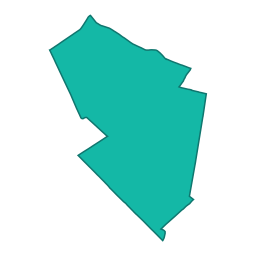 Ciocarlia, Ialomita, Romania (Natural Earth projection)
{"feature_id": "2599482B90086156609266", "entity_name": "Ciocarlia", "entity_type": "district", "adm_level": 2, "iso_a3": "ROU", "parent_name": "Romania", "parent_adm1": "Ialomita", "projection": "natural_earth1", "projection_center": [26.657, 44.793], "detail": "fine", "context": "isolated", "style": "filled", "palette": "teal", "viewbox_px": 256, "rotation_deg": 0, "n_neighbors": 0, "source": "geoboundaries", "source_scale": "gbopen_adm2", "svg_char_len": 3086}
<svg xmlns="http://www.w3.org/2000/svg" viewBox="0 0 256 256"><path d="M195.6,161.4L195.6,161.2L199.2,139.1L202.8,116.9L202.9,116.7L206.3,93.8L204.6,93.4L202.9,93.0L202.3,92.9L201.8,92.7L201.0,92.6L198.9,92.1L198.5,91.9L196.3,91.4L191.6,90.3L191.6,90.0L191.3,89.9L190.5,89.7L189.8,89.5L188.2,89.3L183.1,88.1L182.5,88.0L180.7,87.5L179.0,86.9L180.1,85.5L183.5,80.8L183.8,79.7L184.3,78.9L184.8,78.1L185.2,77.2L185.6,76.2L186.5,74.7L190.2,69.9L190.8,68.4L189.5,68.0L188.7,67.7L186.9,67.0L186.7,66.9L182.2,65.2L181.6,65.0L181.0,64.9L178.4,63.9L177.0,63.3L176.4,63.1L174.2,62.3L170.2,60.7L168.5,59.9L167.0,59.3L166.8,59.2L166.8,59.3L166.7,59.4L166.1,59.3L165.8,59.0L165.1,58.4L164.4,57.7L163.7,56.8L162.4,55.3L159.9,52.8L157.3,50.7L156.6,50.4L156.0,50.1L155.1,50.0L151.6,49.8L150.1,49.9L149.1,50.0L148.4,50.1L147.7,50.1L146.8,50.1L145.9,50.0L145.1,49.8L144.3,49.4L142.7,48.6L141.4,47.9L140.5,47.5L139.1,46.9L136.3,45.6L135.3,45.1L132.9,44.0L130.6,42.5L128.4,40.9L124.4,38.0L122.4,36.8L119.3,34.4L115.4,31.9L113.9,31.0L113.2,30.5L111.3,29.3L109.4,28.2L107.9,27.7L106.7,27.3L102.4,25.9L101.6,25.7L101.2,25.6L99.5,24.7L97.5,23.4L96.5,22.9L96.2,22.6L94.6,20.6L93.6,19.3L91.9,17.2L91.1,16.2L90.4,15.4L89.9,15.6L89.5,16.0L88.9,16.4L88.4,16.9L88.1,17.3L87.7,18.0L87.0,19.2L86.6,19.8L85.9,21.0L85.3,21.9L84.1,23.8L83.2,25.2L82.1,26.8L80.9,28.5L80.3,29.2L79.8,29.7L79.2,30.1L76.8,31.7L75.5,32.6L74.1,33.5L73.5,34.0L73.0,34.3L72.8,34.5L72.3,34.8L63.6,40.7L61.4,42.2L58.0,44.6L54.8,46.7L53.7,47.5L52.3,48.4L51.4,49.0L50.4,49.7L49.8,50.1L49.7,50.1L49.8,50.4L50.5,51.7L51.7,54.3L54.3,59.7L55.5,62.4L58.3,68.3L59.5,70.9L61.9,76.0L67.8,88.5L70.8,94.8L71.0,95.3L72.7,99.3L76.8,108.9L77.6,110.5L78.0,111.5L78.6,112.7L78.9,113.4L79.4,114.4L79.7,115.1L80.2,116.2L80.7,117.3L80.8,117.6L80.9,117.8L81.1,118.0L81.4,118.3L81.7,118.5L82.2,118.6L82.6,118.7L83.0,118.6L83.3,118.6L83.8,118.3L84.4,117.8L84.7,117.7L85.1,117.6L85.6,117.5L86.0,117.4L86.3,117.4L86.6,117.5L87.0,117.7L101.6,131.1L103.6,132.9L106.6,135.7L107.5,136.3L104.7,138.1L103.7,138.8L94.3,144.9L87.9,149.1L84.2,151.4L79.9,154.2L78.1,155.4L78.9,156.2L79.7,157.0L80.3,157.6L83.7,161.1L89.7,167.1L93.6,171.0L97.3,174.8L99.1,176.5L101.1,178.6L102.4,179.9L103.5,181.0L104.3,181.8L105.3,182.9L106.2,183.8L107.1,184.7L108.0,185.7L108.8,186.6L109.3,187.3L109.8,188.0L110.4,188.5L111.6,189.7L116.4,194.6L118.2,196.4L121.5,199.6L122.3,200.4L123.3,201.4L123.7,201.7L124.6,202.6L125.0,202.7L125.7,203.3L126.8,204.6L127.4,205.3L128.2,206.1L128.9,206.8L129.9,207.8L131.2,209.2L131.9,209.9L132.6,210.6L133.1,211.1L133.6,211.7L134.8,212.9L135.9,214.0L137.2,215.1L138.6,216.5L139.8,217.6L140.8,218.6L142.9,220.6L146.8,224.6L151.3,229.2L153.2,231.0L162.2,240.1L162.7,240.6L163.0,240.2L164.0,238.1L164.4,236.7L165.1,233.4L165.1,232.0L165.1,231.6L164.4,230.8L163.8,230.3L162.8,229.7L161.6,229.3L161.1,229.2L160.9,229.1L166.1,224.1L174.6,216.6L181.7,210.1L183.3,209.0L184.1,208.2L185.9,206.4L186.9,205.6L188.4,204.5L189.6,203.7L191.6,201.3L192.5,200.4L193.5,199.5L189.4,196.3L194.7,166.4L195.4,162.6L195.6,161.4Z" fill="#14b8a6" stroke="#0f766e" stroke-width="1.5"/></svg>